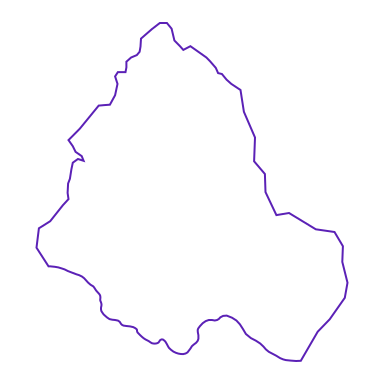 Mobaye, Basse-Kotto, Central African Republic
{"feature_id": "33826404B98868976507956", "entity_name": "Mobaye", "entity_type": "district", "adm_level": 2, "iso_a3": "CAF", "parent_name": "Central African Republic", "parent_adm1": "Basse-Kotto", "projection": "albers", "projection_center": [21.19, 4.52], "detail": "fine", "context": "isolated", "style": "outline", "palette": "violet", "viewbox_px": 384, "rotation_deg": 0, "n_neighbors": 0, "source": "geoboundaries", "source_scale": "gbopen_adm2", "svg_char_len": 2340}
<svg xmlns="http://www.w3.org/2000/svg" viewBox="0 0 384 384"><path d="M240.5,90.0L231.3,83.9L226.6,79.7L221.9,74.0L218.1,73.1L215.8,67.9L210.1,61.3L206.4,57.5L195.1,49.5L190.4,46.2L183.3,49.9L180.0,46.2L174.4,40.5L171.6,28.7L166.9,23.0L159.8,23.0L151.8,29.2L141.0,38.6L140.5,46.6L139.6,51.8L136.8,55.1L131.1,57.5L126.4,61.7L126.4,67.4L125.5,72.1L123.1,72.1L117.9,72.1L115.1,76.4L117.5,83.9L115.1,95.2L109.9,104.7L104.4,105.1L98.7,105.6L79.8,128.7L68.5,140.1L72.8,146.2L75.6,151.9L81.7,156.1L83.6,160.8L77.9,159.0L72.8,162.7L71.4,169.3L69.9,178.8L68.1,183.5L67.6,192.9L68.5,199.1L62.9,205.2L50.2,221.2L38.9,228.3L36.5,247.7L48.5,266.3L50.0,266.3L51.8,266.5L54.8,266.8L58.3,267.4L61.6,268.4L64.6,269.4L68.0,271.1L76.4,274.3L79.0,275.1L81.9,276.5L84.1,278.2L88.1,282.6L90.5,284.7L93.3,286.4L94.3,287.7L96.1,290.5L99.4,294.2L100.1,295.4L100.3,296.4L100.4,297.6L100.3,298.8L100.2,300.0L100.4,300.9L100.8,301.8L101.3,303.3L101.5,304.6L101.4,305.9L101.1,307.1L101.0,308.2L101.0,309.3L101.3,310.9L102.0,312.1L103.6,314.4L105.6,316.2L107.1,317.5L109.5,319.1L112.2,319.7L115.1,320.0L118.0,320.6L119.7,321.8L121.1,324.0L122.2,325.0L123.6,325.6L126.3,326.0L130.1,326.4L133.2,327.1L135.0,328.0L136.5,329.1L136.9,329.7L137.0,330.3L137.0,330.8L137.2,331.6L137.5,332.4L139.9,334.9L141.8,336.7L143.6,338.2L145.4,339.4L148.7,341.1L150.4,342.3L151.9,343.2L153.3,343.5L154.6,343.6L156.0,343.5L157.2,343.2L158.4,342.6L158.9,342.0L159.5,341.1L160.1,340.2L160.7,339.8L161.7,339.4L162.9,339.5L164.0,340.3L165.3,341.5L166.8,344.0L167.9,346.1L168.9,347.8L171.0,349.8L173.4,351.6L175.9,352.8L178.4,353.6L180.8,354.0L183.1,354.1L185.6,353.5L187.5,352.4L190.4,348.6L191.9,346.2L193.7,344.6L196.2,342.7L197.7,340.8L198.4,338.8L198.4,335.2L197.8,332.1L197.7,330.0L198.2,328.5L199.9,326.2L202.7,323.2L205.7,321.1L208.8,320.0L212.0,320.0L214.8,320.5L217.1,320.0L218.8,319.0L220.4,317.3L223.1,315.9L226.7,315.6L232.0,317.7L236.4,320.5L239.9,324.3L243.0,329.1L245.9,334.0L250.9,338.1L255.9,340.7L260.2,343.5L263.4,346.5L265.9,349.4L268.8,351.8L276.2,355.7L280.1,358.1L283.2,359.4L285.9,360.1L290.8,360.6L296.1,361.0L300.8,360.8L317.7,331.7L329.7,319.3L344.8,297.8L347.5,282.7L342.3,261.9L342.9,246.2L334.5,232.0L315.8,229.3L289.0,213.0L276.4,215.1L265.5,192.1L264.9,174.0L254.1,161.3L255.0,137.5L243.9,111.8L240.5,90.0Z" fill="none" stroke="#5b21b6" stroke-width="2"/></svg>